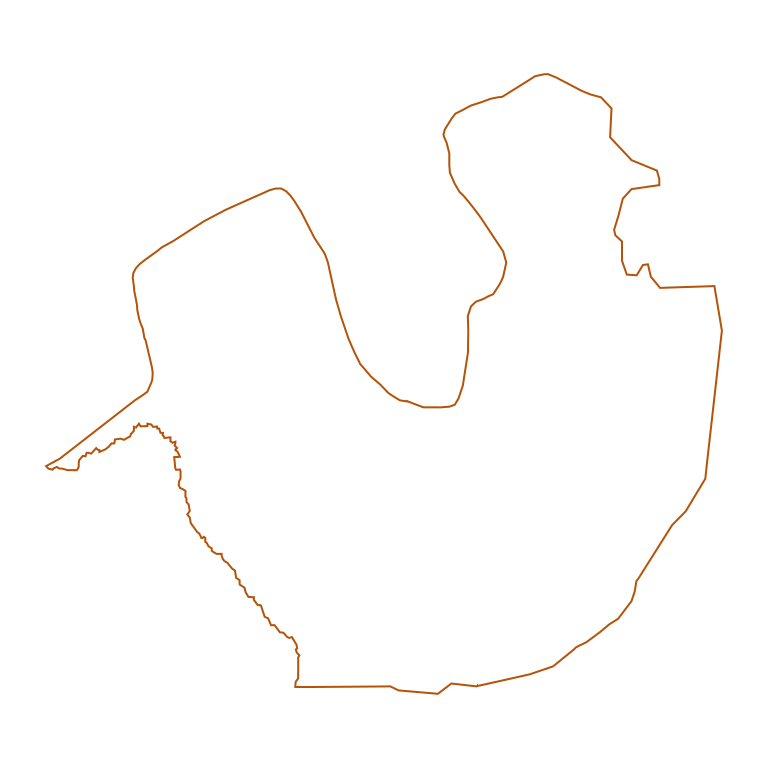 Kantora, Upper River, Gambia
{"feature_id": "56634734B33233148834926", "entity_name": "Kantora", "entity_type": "district", "adm_level": 2, "iso_a3": "GMB", "parent_name": "Gambia", "parent_adm1": "Upper River", "projection": "robinson", "projection_center": [-13.936, 13.414], "detail": "fine", "context": "isolated", "style": "outline", "palette": "amber", "viewbox_px": 768, "rotation_deg": 0, "n_neighbors": 0, "source": "geoboundaries", "source_scale": "gbopen_adm2", "svg_char_len": 4061}
<svg xmlns="http://www.w3.org/2000/svg" viewBox="0 0 768 768"><path d="M295.3,687.0L312.5,687.0L390.4,686.4L398.5,690.4L437.9,693.8L451.4,683.5L476.6,686.4L477.1,685.9L477.1,686.1L529.9,674.3L531.8,673.6L553.0,666.4L574.1,649.3L575.9,647.4L579.4,645.6L586.5,642.1L600.0,632.1L609.6,624.1L618.2,618.7L631.5,601.1L634.8,591.2L636.4,581.0L637.9,579.3L639.8,576.3L672.1,525.1L685.7,511.3L705.3,478.7L707.3,460.2L711.3,424.8L721.9,330.6L714.4,286.1L674.4,287.4L660.1,287.9L650.9,276.8L647.9,264.3L642.9,265.0L636.7,275.3L626.8,274.6L622.0,260.8L622.0,258.5L622.0,241.5L615.3,235.2L614.1,229.7L614.5,228.5L616.7,221.4L617.1,220.0L618.4,215.9L622.8,198.7L631.5,189.1L659.3,185.1L659.3,178.9L656.9,170.6L631.6,160.2L610.1,137.3L611.5,108.4L601.0,97.3L590.6,94.5L581.9,91.0L560.2,79.6L556.7,77.7L548.1,74.2L544.4,74.2L535.1,76.2L530.9,78.9L502.3,96.8L497.4,97.4L490.6,98.8L481.3,102.2L470.8,105.6L464.7,108.9L464.6,109.0L455.3,113.7L451.6,118.6L444.8,129.5L443.5,134.4L444.1,137.1L446.6,142.7L449.3,153.4L449.3,165.1L449.9,172.7L452.2,178.0L454.7,183.7L459.6,192.0L463.3,195.5L469.2,202.5L469.7,203.2L471.9,205.9L479.3,215.6L482.2,219.8L487.8,228.3L497.5,242.9L503.2,251.5L506.3,262.6L503.1,277.0L501.2,281.2L499.4,284.6L493.2,294.2L488.2,296.3L483.3,299.0L475.9,301.7L470.9,306.5L469.1,312.1L467.8,316.1L468.3,330.6L468.1,342.1L468.0,352.3L463.9,378.6L462.9,385.4L458.5,398.5L454.8,404.7L449.3,406.7L449.2,406.7L443.6,407.1L442.4,407.2L440.0,407.4L436.5,407.3L433.1,407.3L427.9,407.3L423.3,407.3L406.7,401.0L406.6,401.4L399.8,400.3L392.0,395.5L388.5,393.1L384.8,389.3L380.4,384.7L370.8,376.4L369.0,374.2L360.2,364.0L358.5,360.5L354.9,353.3L348.6,339.0L340.9,316.3L336.1,299.8L331.3,278.0L327.8,262.1L324.6,253.4L314.4,237.9L301.0,211.6L299.8,209.7L294.3,200.9L290.8,196.1L286.2,191.3L281.2,188.5L275.9,188.5L269.8,190.1L226.3,209.5L209.9,218.1L203.9,221.3L198.5,224.8L195.3,226.8L173.3,241.0L161.9,247.3L157.6,250.8L153.7,253.6L145.5,259.5L139.5,264.2L135.9,268.2L133.4,272.9L132.7,277.7L133.9,286.2L134.2,290.6L136.0,299.7L137.0,305.3L137.3,310.0L139.1,318.7L140.5,323.1L142.9,329.1L143.3,331.9L143.7,333.9L144.3,337.8L145.7,340.6L152.0,367.6L152.7,372.8L152.3,379.5L151.3,382.7L147.3,391.8L142.2,395.5L135.0,400.2L59.9,458.6L46.1,466.1L46.9,467.0L47.5,467.7L48.0,468.2L48.2,468.5L48.5,468.6L52.5,469.7L53.5,468.5L56.7,466.9L59.2,468.5L61.7,468.5L67.4,470.1L76.9,470.2L78.7,467.0L78.7,463.4L79.1,460.3L82.7,455.9L85.5,456.3L86.6,452.8L88.4,452.8L91.2,453.6L96.2,448.1L97.6,449.6L99.4,450.1L99.4,452.0L105.4,449.3L109.0,446.5L111.5,443.4L114.3,443.4L115.0,439.4L118.2,439.0L120.4,438.6L123.9,439.8L130.3,436.3L130.7,434.3L133.9,430.8L133.9,426.8L136.0,427.6L138.9,423.7L140.6,426.4L144.5,426.1L147.4,426.1L147.4,423.7L151.3,424.5L153.1,426.9L157.0,426.5L157.3,428.5L159.1,428.5L160.5,432.9L163.0,432.9L162.6,435.3L163.7,436.1L164.4,438.0L170.4,437.3L170.4,440.2L170.4,441.2L171.5,442.0L172.5,442.8L175.4,441.7L175.4,443.3L174.6,445.6L177.1,448.0L175.3,449.6L175.7,450.4L177.4,451.6L178.5,453.6L179.9,456.8L174.2,457.1L175.3,468.2L176.0,469.8L177.0,469.8L179.9,469.5L180.6,471.4L180.5,478.6L179.1,481.3L178.7,485.3L180.2,488.1L182.3,488.9L185.5,490.9L185.4,496.8L186.5,498.4L186.5,502.0L188.6,504.4L189.2,507.7L189.8,510.9L187.3,514.5L189.8,517.7L190.8,523.2L197.2,532.0L199.3,533.6L200.8,536.6L201.4,538.0L202.5,538.0L203.9,536.8L205.3,538.0L205.3,539.1L205.3,540.0L205.3,542.0L206.0,542.4L206.7,542.8L207.6,544.5L208.5,546.3L211.7,548.3L211.7,550.7L213.8,552.3L216.6,553.9L221.6,553.9L221.6,555.5L222.7,558.7L224.4,561.1L227.3,562.7L231.8,568.3L235.0,570.6L236.1,577.8L239.6,580.2L239.6,584.5L244.5,587.7L245.6,592.1L248.4,596.9L254.1,597.3L253.7,599.7L257.6,604.9L260.8,605.3L264.7,616.8L268.2,618.4L271.0,625.2L274.6,625.2L279.9,632.3L283.4,632.7L287.3,637.1L289.1,637.9L291.9,637.1L292.8,638.5L293.4,639.7L293.5,639.8L293.8,640.2L294.4,641.2L296.5,644.7L297.2,648.3L295.8,649.5L296.7,652.4L296.8,652.6L299.3,655.4L298.2,657.4L298.2,665.4L298.2,671.2L298.1,678.4L295.6,682.0L295.4,685.4L295.3,686.3L295.3,687.0Z" fill="none" stroke="#b45309" stroke-width="2"/></svg>